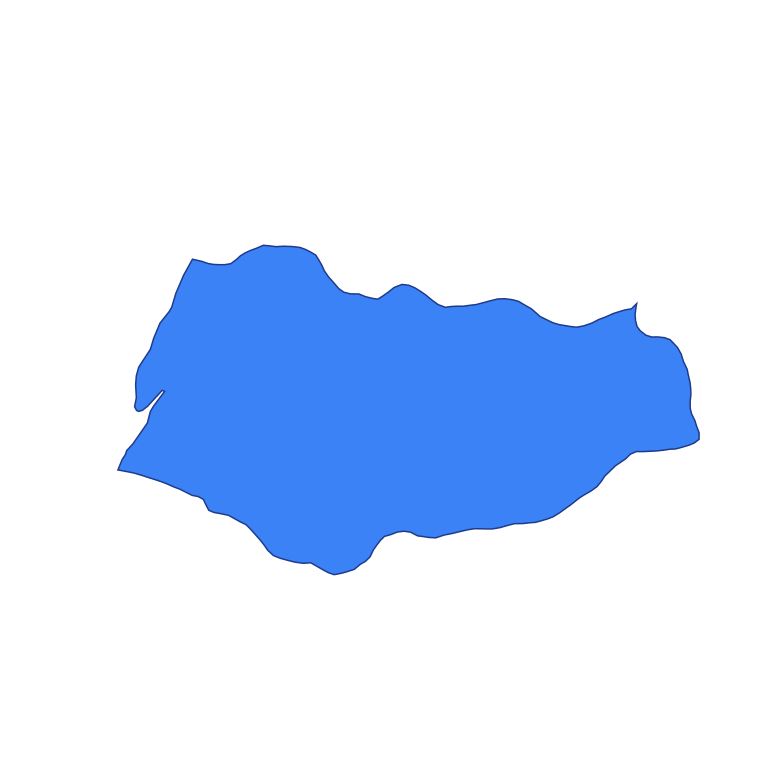 outline of II-1 Moruka/Pomeroon, Pomeroon-Supenaam, Guyana, rotated 241°
{"feature_id": "73187651B89852633315", "entity_name": "II-1 Moruka/Pomeroon", "entity_type": "district", "adm_level": 2, "iso_a3": "GUY", "parent_name": "Guyana", "parent_adm1": "Pomeroon-Supenaam", "projection": "mercator", "projection_center": [-58.911, 7.285], "detail": "fine", "context": "isolated", "style": "filled", "palette": "blue", "viewbox_px": 768, "rotation_deg": 241, "n_neighbors": 0, "source": "geoboundaries", "source_scale": "gbopen_adm2", "svg_char_len": 2787}
<svg xmlns="http://www.w3.org/2000/svg" viewBox="0 0 768 768"><g transform="rotate(241 384 384)"><path d="M586.0,277.0L576.1,261.2L565.9,248.1L564.2,245.9L554.1,235.6L551.5,231.3L545.9,217.7L535.7,204.8L527.6,196.5L519.4,180.9L517.6,177.6L511.3,171.4L503.9,166.5L492.0,160.7L485.0,154.8L480.8,154.8L479.0,156.1L478.1,159.9L479.2,166.5L486.0,187.0L483.9,188.5L476.2,171.4L473.1,166.2L464.6,158.1L453.3,135.2L450.5,126.7L447.5,123.4L444.9,118.4L437.8,109.6L435.4,112.6L430.9,118.0L427.2,122.3L421.5,127.9L414.6,134.3L408.5,140.1L402.2,145.5L395.7,150.4L391.2,154.3L379.6,162.2L375.7,166.9L370.6,170.1L364.9,169.7L358.5,169.5L354.1,173.0L350.3,177.7L344.5,184.4L333.5,191.2L327.8,195.2L322.1,196.8L307.5,200.1L301.1,201.1L294.9,201.7L287.6,204.1L281.8,208.8L275.5,215.3L271.0,220.2L266.4,226.4L263.1,233.3L251.3,240.4L245.9,243.9L241.4,248.0L239.2,254.7L237.8,260.3L236.3,268.1L237.8,276.0L237.9,281.7L239.5,287.9L244.0,294.2L246.6,299.5L249.0,305.1L250.5,310.5L249.0,316.9L248.0,324.1L245.5,330.2L241.5,335.4L234.9,339.8L231.4,344.5L228.0,348.9L224.4,354.6L222.7,363.5L220.3,370.9L218.5,377.5L216.0,386.3L213.6,392.9L210.6,398.2L207.6,403.3L204.7,408.5L202.2,415.7L200.4,423.4L198.6,430.4L194.8,437.4L192.4,443.2L189.6,449.3L188.2,454.9L186.6,462.2L185.9,467.7L186.2,475.0L187.1,482.2L187.8,488.5L189.7,500.4L190.0,506.0L190.1,513.2L191.0,520.6L193.4,526.6L196.5,532.6L198.1,538.8L200.3,546.8L201.4,559.0L203.2,565.4L202.6,571.9L199.6,577.2L196.6,583.2L193.3,590.0L190.7,596.1L188.3,602.6L185.8,607.6L184.3,613.6L182.6,621.2L182.0,627.0L182.9,632.8L188.7,636.0L195.4,636.9L201.5,638.2L208.8,638.5L214.4,640.1L220.1,643.2L226.3,647.5L231.5,650.1L236.9,652.4L243.7,654.3L249.9,656.3L258.6,656.8L266.0,658.4L273.6,658.4L278.8,657.1L284.2,655.6L288.5,651.8L292.5,646.2L295.2,641.1L299.7,636.7L306.3,633.9L311.6,633.2L317.4,634.7L322.9,637.2L328.0,640.9L331.8,643.9L329.8,636.9L332.0,630.5L333.3,624.6L334.5,618.5L335.2,610.3L336.3,603.1L336.5,595.5L338.0,586.8L340.4,579.8L344.0,574.8L347.6,570.3L351.0,566.0L355.8,561.3L367.3,553.3L373.2,551.2L378.6,549.2L384.4,545.6L391.0,541.8L395.8,536.8L400.1,530.8L403.2,524.8L405.3,517.1L407.0,510.2L408.8,503.1L411.2,497.3L413.5,491.2L416.9,485.1L419.3,480.1L421.3,474.9L427.1,469.9L434.4,466.5L441.1,463.9L446.8,461.2L453.2,457.6L458.4,453.5L462.4,447.9L463.5,439.6L462.3,432.5L461.5,425.3L461.2,419.8L464.5,415.4L469.4,410.1L474.9,405.7L479.1,398.4L483.7,393.4L489.3,390.7L496.7,389.2L504.5,387.4L511.8,386.7L518.2,387.2L524.2,387.1L529.8,386.8L534.8,383.9L539.6,380.7L544.1,376.8L548.7,370.4L553.1,363.1L556.5,356.1L560.4,350.7L563.8,345.8L564.6,338.0L565.5,332.2L566.0,326.3L565.7,320.5L564.4,315.1L563.5,308.3L565.6,302.5L568.5,297.3L571.4,292.6L574.9,288.3L579.4,284.3L586.0,277.0Z" fill="#3b82f6" stroke="#1e3a8a" stroke-width="1.5"/></g></svg>